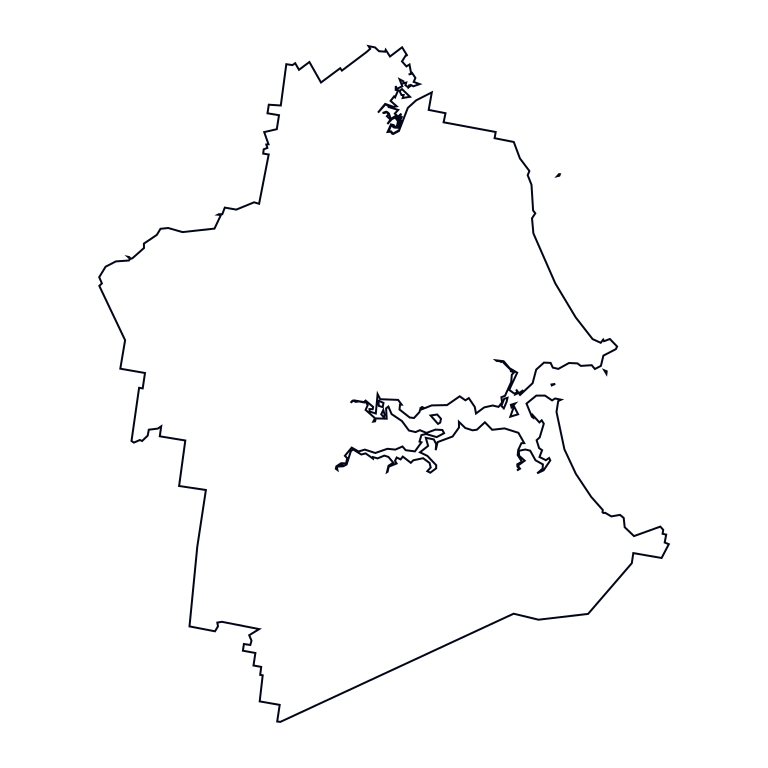 outline of Latrobe (Tas.), Tasmania, Australia, rotated 90°
{"feature_id": "25037944B83996664476279", "entity_name": "Latrobe (Tas.)", "entity_type": "district", "adm_level": 2, "iso_a3": "AUS", "parent_name": "Australia", "parent_adm1": "Tasmania", "projection": "robinson", "projection_center": [146.505, -41.235], "detail": "fine", "context": "isolated", "style": "outline", "palette": "ink", "viewbox_px": 768, "rotation_deg": 90, "n_neighbors": 0, "source": "geoboundaries", "source_scale": "gbopen_adm2", "svg_char_len": 6118}
<svg xmlns="http://www.w3.org/2000/svg" viewBox="0 0 768 768"><g transform="rotate(90 384 384)"><path d="M46.1,399.5L48.8,397.8L52.0,401.4L70.6,426.1L68.2,427.8L82.5,447.0L62.0,458.6L69.8,469.0L63.2,472.8L65.1,475.5L64.2,481.7L105.5,487.2L104.7,499.2L113.3,500.5L115.2,489.0L129.2,491.2L132.1,503.8L144.3,499.5L144.5,501.7L147.9,500.6L149.3,504.3L153.6,504.8L154.5,499.3L203.8,508.9L202.3,513.9L209.6,531.7L207.6,543.2L214.2,545.7L214.2,549.1L214.7,550.1L215.0,547.1L228.6,553.5L232.1,585.5L228.0,599.8L228.8,607.5L234.9,611.2L243.6,624.1L248.0,624.0L258.1,635.4L258.9,637.4L257.1,638.7L256.8,640.1L258.8,637.9L260.5,639.1L261.4,652.1L266.7,662.4L277.2,668.8L283.4,666.1L285.9,668.7L340.2,642.9L368.7,647.7L373.0,623.0L388.4,625.3L387.8,628.9L441.0,636.5L442.6,634.1L440.0,628.1L441.0,625.9L435.6,620.3L429.7,619.2L428.6,610.2L426.3,606.8L436.3,608.2L440.5,582.7L486.0,588.9L490.0,562.1L546.6,570.7L626.4,578.5L631.3,553.0L626.3,550.0L622.6,550.7L621.8,546.1L629.1,508.8L635.2,518.8L640.7,516.5L645.0,517.7L644.0,524.1L650.7,525.1L653.0,512.6L665.5,514.5L666.9,506.8L674.9,507.8L675.3,505.3L701.4,508.3L704.9,488.3L721.5,490.8L721.9,487.7L613.7,254.4L619.7,229.5L613.9,179.9L563.2,136.2L553.1,134.7L558.0,106.4L544.2,99.2L542.5,103.3L534.6,101.8L533.8,105.4L529.8,104.8L526.6,107.7L536.1,134.0L527.2,143.3L517.9,144.3L514.9,148.0L516.4,156.7L512.8,162.8L513.0,164.6L512.2,165.5L510.0,165.2L496.9,176.8L473.9,192.1L449.3,203.6L411.9,211.5L401.1,209.8L399.7,206.9L398.5,212.9L400.4,215.9L395.6,223.0L395.6,231.7L403.6,241.5L416.8,236.1L417.7,234.8L415.4,235.0L422.4,228.6L420.3,226.3L423.7,224.2L437.4,228.3L440.2,231.4L448.1,228.9L450.2,225.9L457.0,228.5L460.2,222.1L458.0,218.9L460.4,217.7L470.3,224.4L473.3,230.8L468.7,225.4L464.4,225.1L460.3,232.5L450.7,237.8L449.5,242.6L450.8,249.2L455.7,248.9L460.7,243.3L465.7,250.2L468.7,248.0L470.5,251.0L468.8,248.8L466.5,250.6L464.3,250.7L461.7,246.1L455.1,250.3L450.0,249.8L443.2,246.6L443.1,243.8L432.8,249.6L428.4,263.5L429.8,275.8L422.3,283.1L429.7,291.1L430.3,295.4L428.0,302.7L421.8,309.1L427.5,309.0L436.5,315.4L442.1,330.4L450.2,332.3L444.1,331.8L439.4,334.2L437.8,342.2L445.9,339.9L452.3,348.0L455.9,340.6L465.2,331.8L468.3,331.8L472.7,337.7L471.2,340.7L467.5,337.3L463.0,338.4L458.2,344.9L460.3,354.7L462.8,357.2L456.6,365.2L459.4,367.4L457.5,371.3L460.9,373.0L463.5,371.4L466.7,379.3L471.7,380.4L472.1,381.0L465.8,379.5L462.7,374.7L456.9,379.6L455.6,383.7L458.4,390.4L457.1,395.0L458.6,395.0L453.4,402.4L454.5,406.7L449.5,414.8L451.0,417.1L464.5,421.4L466.3,424.9L466.6,431.3L469.9,430.6L468.7,432.2L466.3,431.6L463.2,426.8L463.4,421.9L458.2,420.8L455.8,423.1L447.6,416.3L451.5,409.4L449.6,403.2L453.0,392.7L448.8,380.6L449.6,372.7L446.5,365.5L450.2,362.3L451.4,353.1L442.3,346.5L441.6,348.5L435.1,346.6L434.0,342.1L437.1,331.3L433.2,323.9L430.0,325.6L429.6,332.5L432.9,341.5L430.2,348.1L432.1,352.4L430.5,359.1L421.0,366.1L414.1,376.4L406.6,379.6L408.4,381.9L418.7,381.3L418.4,392.3L421.3,392.9L421.6,394.7L418.2,393.0L409.9,402.4L405.2,400.3L402.1,402.0L402.5,403.7L401.4,409.2L401.9,412.2L400.7,414.6L402.7,417.4L400.7,415.5L400.4,413.8L402.1,404.1L400.6,402.4L406.9,394.9L409.2,395.3L409.1,398.5L411.5,398.4L413.5,392.2L394.1,390.4L399.2,387.8L399.9,369.9L404.7,366.3L404.7,368.0L409.5,368.5L417.5,358.3L418.0,354.0L412.2,348.6L408.2,347.4L407.0,346.0L407.9,344.1L408.3,347.3L409.5,346.7L405.4,336.3L405.1,321.0L396.3,308.3L400.3,302.6L398.1,299.2L407.0,293.2L413.5,292.0L407.4,283.8L405.5,275.3L406.9,269.5L402.4,265.9L397.2,266.6L395.8,263.0L382.0,256.8L374.8,256.2L372.2,253.8L371.3,257.1L369.7,257.4L363.1,264.1L361.6,264.5L362.0,266.9L361.2,268.1L360.9,271.4L360.3,272.1L361.2,264.4L368.2,258.4L372.7,250.8L389.9,258.8L393.7,253.5L392.8,251.9L394.3,252.5L393.1,249.8L389.5,251.9L393.2,249.1L390.2,244.7L395.6,248.6L383.2,235.4L369.6,231.8L362.6,224.0L362.9,217.4L367.6,215.2L368.9,209.7L363.0,199.0L363.4,190.5L365.9,187.2L365.2,176.3L369.0,173.1L365.9,167.1L355.6,164.6L349.1,152.1L346.5,150.9L339.0,158.1L341.2,164.0L339.6,164.8L342.8,167.3L339.1,175.4L317.4,192.3L283.4,212.7L233.4,234.6L218.3,236.0L213.3,232.7L210.5,234.9L184.8,236.5L175.2,240.3L171.0,238.6L158.4,248.1L142.0,254.2L138.2,273.4L132.0,272.3L122.3,324.4L113.2,322.5L109.9,339.3L92.4,336.2L100.3,351.8L107.9,360.2L131.0,369.1L134.0,374.9L133.6,375.9L131.7,377.2L132.0,380.4L124.4,377.0L125.1,374.3L127.6,372.1L126.4,369.4L124.2,369.1L126.7,370.5L125.8,371.0L117.9,369.2L117.8,371.0L120.0,370.8L119.4,371.5L118.8,371.8L118.2,371.9L119.4,371.2L116.9,370.9L119.0,376.0L124.0,380.6L119.6,377.5L116.2,381.1L114.1,379.2L112.0,381.7L112.9,383.1L113.0,385.4L111.7,381.9L112.2,380.6L113.5,379.1L119.0,377.2L115.3,371.4L113.6,373.2L109.9,369.8L106.8,380.1L106.7,378.5L104.3,382.5L112.6,390.0L103.9,382.8L106.9,374.4L106.3,371.3L100.9,377.4L96.4,373.9L97.4,372.9L90.3,369.9L89.9,372.3L86.0,372.2L88.9,371.3L86.3,365.7L79.3,368.4L81.3,364.6L83.3,364.7L82.6,361.8L85.2,362.6L87.4,359.7L84.5,358.4L87.0,359.0L86.1,357.8L85.7,357.9L85.3,357.3L85.0,357.4L84.9,357.2L86.3,354.7L84.1,348.4L81.9,354.3L77.9,352.6L73.0,355.9L73.9,356.9L74.5,359.4L73.7,356.8L64.5,358.5L66.4,361.6L61.4,366.0L54.9,361.9L55.9,360.6L47.3,365.9L56.5,378.0L49.8,382.3L51.7,382.9L51.2,389.0L47.4,393.0L46.1,399.5ZM127.5,374.0L125.2,376.9L131.0,379.2L131.5,376.8L133.7,375.0L130.2,368.9L122.6,366.0L127.8,369.6L127.5,374.0ZM415.5,337.4L423.9,330.0L422.6,327.8L418.8,327.0L414.5,330.8L415.5,337.4ZM406.3,254.0L416.7,257.7L414.3,249.9L406.3,254.0ZM89.1,366.0L91.1,368.4L95.0,366.5L95.0,364.4L98.0,365.3L96.8,358.0L89.1,366.0ZM400.7,389.6L405.9,389.2L407.1,385.3L402.9,384.5L400.7,389.6ZM408.4,264.2L401.8,261.4L397.8,260.5L398.8,263.8L405.9,266.6L408.4,264.2ZM410.0,384.7L414.3,386.8L417.5,384.0L415.0,383.3L410.0,384.7ZM117.1,366.3L116.9,368.1L113.7,366.8L115.6,368.9L123.2,368.8L120.6,365.4L122.3,368.7L117.1,366.3ZM403.5,252.9L404.8,257.1L407.3,256.5L403.5,252.9ZM371.3,161.3L370.3,163.7L373.8,161.6L371.3,161.3ZM383.9,212.8L384.5,216.5L385.4,216.2L383.9,212.8ZM464.5,425.7L465.6,428.7L465.6,424.8L464.5,425.7ZM176.2,210.8L175.7,208.7L174.2,208.1L174.1,208.9L176.2,210.8Z" fill="none" stroke="#020617" stroke-width="2"/></g></svg>